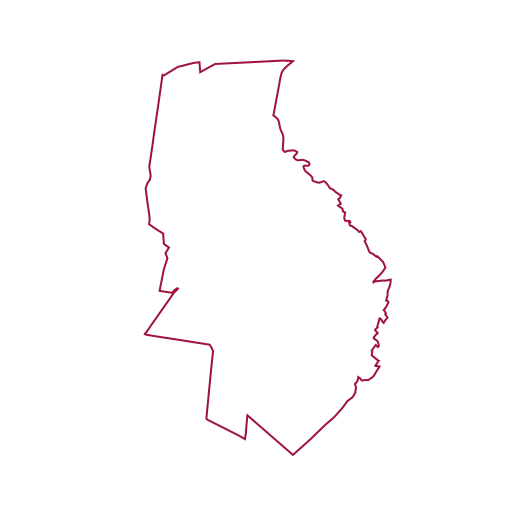 Horodnic De Jos, Suceava, Romania (Mercator projection), rotated 257°
{"feature_id": "2599482B73585952191723", "entity_name": "Horodnic De Jos", "entity_type": "district", "adm_level": 2, "iso_a3": "ROU", "parent_name": "Romania", "parent_adm1": "Suceava", "projection": "mercator", "projection_center": [25.836, 47.87], "detail": "fine", "context": "isolated", "style": "outline", "palette": "rose", "viewbox_px": 512, "rotation_deg": 257, "n_neighbors": 0, "source": "geoboundaries", "source_scale": "gbopen_adm2", "svg_char_len": 4864}
<svg xmlns="http://www.w3.org/2000/svg" viewBox="0 0 512 512"><g transform="rotate(257 256 256)"><path d="M457.5,244.5L458.1,239.2L458.1,234.6L457.9,227.5L457.9,222.4L452.6,206.8L453.0,206.2L453.5,205.7L452.6,205.2L447.9,203.5L430.8,196.9L424.3,194.4L405.6,187.1L395.6,183.2L386.3,179.7L374.8,175.2L373.1,174.5L367.8,172.4L366.5,172.0L363.5,171.8L361.5,171.7L358.7,171.5L357.3,171.2L355.8,170.5L354.0,169.5L353.4,169.1L352.9,168.3L352.3,167.5L350.4,165.9L347.5,164.1L346.3,163.6L345.6,163.6L342.0,163.2L334.2,162.4L326.4,161.8L319.3,161.2L317.2,160.9L315.6,160.6L313.8,160.0L310.9,159.0L305.1,164.3L298.6,170.7L296.9,170.2L288.4,169.0L286.6,170.6L283.9,173.1L279.0,168.4L273.7,169.2L264.1,163.4L243.8,154.2L241.5,159.7L239.3,165.3L239.2,166.1L239.4,166.6L240.0,167.5L241.0,168.8L241.4,169.8L242.1,171.3L242.3,172.1L242.1,172.4L241.7,172.6L238.6,167.7L213.5,139.8L206.4,132.0L205.0,130.1L204.4,130.6L203.7,132.0L199.5,142.3L198.0,146.0L192.3,160.4L183.9,181.2L180.2,190.5L179.8,191.0L177.2,191.9L173.1,192.8L168.2,191.1L154.2,186.3L124.7,176.4L108.9,171.1L108.3,171.2L107.9,171.5L107.1,172.2L105.7,173.9L101.2,179.3L97.3,184.0L87.9,195.3L85.5,198.2L80.1,204.0L86.5,206.6L87.8,207.0L89.1,207.3L95.9,209.5L101.4,211.3L102.7,211.8L87.0,223.2L53.9,247.2L55.0,249.2L58.5,255.7L65.0,267.5L75.8,285.3L81.3,295.8L88.6,306.1L94.0,312.3L96.8,318.5L100.7,322.2L102.3,322.5L103.8,323.3L105.6,323.9L106.6,323.8L108.8,323.6L109.5,323.9L109.9,325.0L111.0,326.4L112.7,327.5L115.0,328.4L114.4,328.9L113.9,329.5L112.7,330.3L111.2,330.8L110.6,332.1L110.7,333.2L110.7,334.3L109.9,336.7L110.1,338.4L110.8,339.9L111.8,342.4L113.1,344.2L114.9,345.9L116.6,347.5L118.3,349.2L118.9,350.0L120.5,351.5L120.6,351.3L120.9,350.6L121.2,349.9L121.5,349.0L121.8,348.2L122.1,347.6L122.3,347.7L124.2,349.7L126.0,351.6L126.3,352.1L127.2,351.1L127.9,350.5L128.5,350.0L130.1,348.9L131.8,347.5L133.2,346.4L137.0,347.9L137.8,347.5L140.0,349.9L142.3,352.7L139.9,354.2L140.9,355.6L144.0,355.5L145.8,355.2L147.7,353.6L149.4,352.1L149.8,352.5L150.7,352.9L151.4,354.0L152.2,354.8L152.9,356.1L153.0,356.9L153.7,357.2L155.2,356.3L156.9,355.4L157.6,355.6L158.4,357.2L159.2,358.5L160.0,358.3L160.5,358.7L162.9,359.9L164.8,361.0L167.4,362.3L167.0,363.2L165.0,364.1L163.0,364.7L162.1,365.3L164.4,367.6L165.5,369.1L166.4,370.3L170.2,368.8L170.7,369.6L172.2,369.4L173.6,368.8L174.6,368.2L174.9,368.9L177.3,371.5L178.8,372.7L181.1,374.7L181.6,374.6L182.5,374.2L183.0,373.4L183.3,372.8L187.8,375.2L189.0,375.6L190.5,375.9L191.8,376.3L192.7,376.8L193.8,377.6L195.5,378.8L196.9,379.7L198.9,380.7L199.8,381.1L201.2,381.5L202.1,381.7L202.7,381.9L202.8,380.7L202.8,379.0L202.8,377.9L202.9,376.5L203.0,375.7L203.7,373.9L203.7,373.2L203.9,371.5L204.0,370.1L204.3,368.3L204.4,366.2L204.2,365.3L203.9,364.6L204.2,364.6L204.6,364.7L205.1,365.3L206.1,366.6L207.3,368.3L208.3,370.1L209.5,372.0L210.9,374.2L212.1,375.7L213.8,377.6L215.7,379.5L217.6,379.2L220.5,378.7L221.6,378.4L222.1,378.1L223.8,377.1L227.3,374.9L228.5,374.1L228.1,373.5L228.0,373.4L228.1,373.2L231.0,371.0L231.7,370.4L233.4,368.3L234.0,367.5L234.5,367.4L236.1,367.1L239.1,366.7L241.2,366.3L243.1,365.9L245.5,365.3L246.2,365.2L246.5,365.5L246.9,366.2L247.1,366.5L247.4,366.7L248.0,366.6L250.5,365.8L253.5,364.9L256.7,363.7L256.2,362.1L258.8,360.4L261.0,358.5L262.1,357.4L263.7,356.2L264.5,354.4L268.0,354.2L267.7,355.5L268.5,355.5L269.1,355.1L270.3,350.8L272.5,350.5L273.6,350.6L274.5,351.0L278.4,352.7L279.0,351.7L279.6,351.0L280.0,350.7L280.8,350.7L281.7,351.0L282.4,350.9L282.9,350.6L284.6,349.1L286.6,347.3L286.8,347.8L287.3,348.7L287.6,349.9L287.7,350.4L289.9,349.8L292.7,348.9L293.2,349.9L293.7,350.8L294.3,351.4L295.0,352.0L296.0,352.6L296.4,351.6L297.8,350.3L298.8,349.5L300.2,348.2L301.4,347.2L303.0,346.5L304.3,344.7L305.6,343.2L308.0,342.4L310.5,341.3L312.6,340.0L313.6,339.0L313.6,337.9L313.2,335.5L313.2,334.0L313.8,332.5L314.5,331.4L315.7,329.3L316.9,328.1L318.4,328.2L319.7,328.6L321.1,327.9L322.5,327.1L324.4,325.6L325.8,324.6L327.8,323.1L329.2,322.7L331.7,322.3L332.9,322.7L333.2,323.8L332.6,325.3L332.3,326.5L332.5,328.0L333.7,328.8L334.9,328.8L336.4,327.3L337.8,325.5L338.6,324.4L339.0,323.4L339.5,321.3L339.6,319.6L339.9,318.2L340.7,316.9L342.7,315.4L343.9,315.0L345.0,315.9L345.8,317.4L346.8,318.8L348.0,319.5L349.0,318.6L350.3,317.0L350.7,315.2L350.8,313.9L351.2,311.9L351.2,309.5L350.8,308.0L351.4,307.0L352.9,306.3L354.2,306.0L355.5,306.6L356.6,306.9L357.1,307.0L359.1,307.6L361.3,308.3L363.1,308.8L365.2,309.3L367.0,309.4L368.7,309.4L370.3,309.1L372.7,308.5L374.8,308.3L377.7,308.3L380.7,308.5L382.6,308.4L384.4,308.0L385.6,307.2L388.0,305.5L389.0,304.5L392.9,306.3L395.0,307.2L402.9,310.6L414.7,315.8L417.0,316.8L423.9,319.7L428.3,321.9L430.3,323.6L432.1,325.6L434.4,329.6L437.5,335.8L439.3,330.6L439.0,330.1L439.7,329.0L440.8,323.9L446.5,291.6L452.3,259.4L447.7,243.0L457.5,244.5Z" fill="none" stroke="#9f1239" stroke-width="2"/></g></svg>